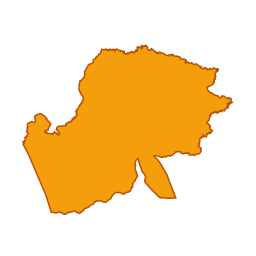 Katete, Eastern, Zambia (Mercator projection), rotated 85°
{"feature_id": "96606910B8201415928290", "entity_name": "Katete", "entity_type": "district", "adm_level": 2, "iso_a3": "ZMB", "parent_name": "Zambia", "parent_adm1": "Eastern", "projection": "mercator", "projection_center": [32.014, -14.048], "detail": "fine", "context": "isolated", "style": "filled", "palette": "amber", "viewbox_px": 256, "rotation_deg": 85, "n_neighbors": 0, "source": "geoboundaries", "source_scale": "gbopen_adm2", "svg_char_len": 5740}
<svg xmlns="http://www.w3.org/2000/svg" viewBox="0 0 256 256"><g transform="rotate(85 128 128)"><path d="M199.3,103.2L200.4,101.8L200.7,97.0L201.5,95.4L201.8,86.5L177.5,93.5L166.5,98.6L161.5,101.6L159.8,103.6L158.1,104.7L158.1,101.9L160.0,97.4L160.2,95.7L159.5,94.0L160.2,92.7L159.0,91.1L159.6,88.4L159.0,87.3L159.2,86.1L158.0,85.2L157.2,83.7L156.2,83.4L155.9,80.7L156.2,79.7L155.7,79.2L156.9,77.3L158.0,77.1L158.0,75.7L158.6,74.8L157.8,72.4L158.4,71.8L158.5,70.8L157.9,70.3L158.8,69.5L159.9,69.5L160.4,68.5L160.3,65.2L161.1,64.6L159.9,61.3L159.8,59.1L157.4,57.2L156.8,57.5L155.8,57.0L155.2,57.3L154.4,57.0L152.1,59.5L150.4,58.2L149.9,58.7L149.0,58.5L148.5,57.8L144.8,57.3L144.2,56.7L144.3,55.8L143.7,56.0L143.1,55.4L143.5,54.0L143.1,54.2L142.8,53.6L141.6,53.7L143.3,51.9L143.6,50.6L141.2,50.2L141.3,49.6L140.5,49.1L140.8,48.8L140.5,47.9L139.5,47.6L140.6,46.5L137.9,44.2L136.3,46.3L134.7,46.0L133.6,46.6L133.2,45.8L130.9,47.5L130.3,49.0L129.9,49.1L128.4,48.3L128.2,47.2L127.4,46.7L125.2,46.2L123.4,44.8L122.5,45.2L122.6,44.3L120.9,43.8L120.9,42.4L120.4,42.6L119.8,42.0L120.4,40.1L120.1,39.3L119.3,39.8L119.1,39.5L119.6,38.1L120.8,37.9L120.1,37.4L120.4,36.0L118.9,35.6L119.5,34.9L119.3,34.1L119.7,33.2L119.3,33.3L119.1,32.5L118.4,32.6L119.3,30.3L117.1,29.2L117.3,28.7L116.5,26.6L115.9,27.6L114.8,27.3L114.8,25.6L114.1,25.6L114.1,26.3L113.4,26.6L113.2,25.9L112.9,26.7L112.3,26.9L112.4,24.9L111.8,25.3L111.2,24.1L111.2,23.6L112.1,23.4L111.7,22.0L108.6,23.2L107.7,22.8L107.0,24.0L107.7,25.2L106.7,25.5L107.0,25.8L106.8,27.3L104.8,29.3L104.3,30.8L104.8,31.2L104.4,31.7L104.7,32.1L106.1,33.0L105.6,34.4L103.8,35.7L102.7,38.8L102.1,39.3L101.7,40.6L100.4,41.3L100.0,42.8L97.9,44.8L96.8,45.3L94.6,45.9L92.1,40.2L91.2,38.9L89.9,38.9L89.7,37.8L88.4,38.1L87.3,37.5L86.9,37.8L86.8,36.8L85.3,36.5L84.7,36.8L84.1,36.1L83.1,36.8L82.7,36.2L81.3,36.7L80.7,35.7L79.9,35.7L79.6,34.6L78.4,34.6L79.1,33.7L77.7,32.9L76.9,33.2L76.7,35.3L75.5,37.8L77.0,39.1L76.8,40.2L75.8,41.0L76.8,42.1L76.3,42.8L76.8,44.3L75.6,44.4L74.6,45.9L75.3,46.4L74.8,46.9L75.0,47.4L75.6,47.4L75.2,49.1L74.3,50.2L73.5,49.6L73.6,50.8L72.6,50.9L71.7,52.9L70.7,53.4L70.0,55.3L70.5,55.9L70.4,56.7L69.9,57.7L68.6,58.8L69.3,60.7L68.6,61.7L67.9,61.7L67.7,62.2L68.2,62.7L67.1,63.8L67.1,64.5L68.1,64.6L68.2,65.2L65.8,64.9L65.7,64.1L65.4,64.2L65.0,65.3L64.0,66.2L64.3,67.6L63.8,69.4L62.8,69.5L61.4,70.7L61.4,71.8L60.5,72.9L60.8,73.4L60.1,76.4L58.8,76.8L58.5,77.8L59.3,78.0L58.6,79.6L59.0,81.0L59.7,81.2L59.6,81.5L58.3,84.7L57.3,85.3L56.4,87.0L55.9,89.3L55.4,89.3L55.2,90.0L55.6,90.2L55.4,91.4L55.8,91.0L56.6,91.4L56.5,91.9L56.2,92.4L55.8,92.1L56.0,92.9L55.5,94.0L54.1,93.9L53.3,95.9L52.2,96.1L51.0,97.9L51.3,98.4L50.9,98.8L51.6,98.4L52.6,98.7L52.5,99.8L51.3,101.7L49.3,101.5L48.0,102.1L47.4,103.0L48.0,103.2L47.6,104.4L48.1,104.6L47.2,106.8L48.6,106.0L49.9,107.5L48.7,107.4L48.8,107.1L48.4,107.4L48.7,107.7L48.4,108.2L49.0,108.5L47.9,110.8L49.1,110.8L48.8,111.9L50.0,111.5L50.8,112.4L51.2,112.0L52.2,112.1L52.3,112.6L51.4,113.8L53.4,114.9L52.6,115.4L53.3,116.5L52.1,117.6L52.5,118.6L53.0,118.2L53.3,122.0L53.9,121.7L53.7,122.5L54.3,122.8L54.5,123.8L53.7,124.3L53.6,125.3L53.0,125.8L52.5,125.1L51.4,125.0L51.5,126.3L50.8,126.8L50.2,128.3L50.8,128.7L48.3,132.6L49.2,134.4L49.8,134.4L48.3,135.3L48.4,136.1L49.1,136.1L49.1,136.8L48.4,138.9L47.9,139.0L48.5,139.9L49.1,139.8L48.6,141.8L48.3,141.4L47.6,142.5L47.9,145.5L47.3,147.3L51.5,149.2L51.9,150.6L53.1,151.3L54.4,153.4L55.8,154.2L56.6,156.1L57.7,156.9L59.6,156.8L60.8,159.2L61.3,161.6L68.1,166.3L72.0,166.5L73.6,167.5L76.0,169.5L77.0,171.9L78.6,171.9L80.6,173.2L82.2,172.7L85.0,173.6L88.8,172.4L89.3,171.9L90.2,171.9L92.9,170.0L94.0,169.9L96.9,170.7L97.8,171.7L98.8,171.7L99.9,173.3L100.5,173.7L100.7,173.4L101.7,174.3L101.8,174.0L101.7,174.7L104.7,176.0L104.8,177.1L107.0,177.8L106.9,178.5L108.3,177.9L108.9,178.3L110.1,177.4L110.7,178.2L111.2,178.0L111.9,179.4L113.0,180.0L113.4,179.8L113.8,180.5L113.2,180.9L113.9,181.2L113.7,181.7L114.6,181.6L114.5,182.5L114.9,182.6L114.6,182.9L116.5,183.8L116.5,184.8L116.9,184.8L117.3,186.1L116.9,186.6L117.3,186.8L118.2,189.5L118.9,189.2L120.0,189.5L120.4,195.2L120.1,196.2L120.8,198.3L122.2,199.1L122.7,198.8L123.5,199.5L126.6,196.8L128.8,197.2L128.1,199.1L127.5,199.5L127.1,199.1L126.6,200.6L125.3,201.5L126.3,201.8L126.3,202.6L127.0,203.1L126.8,203.9L127.4,203.9L127.0,204.3L127.1,205.9L126.5,206.8L126.5,208.4L125.4,209.1L125.5,211.0L123.6,210.9L123.8,209.5L122.8,208.3L122.9,207.6L122.2,207.7L119.5,206.2L118.0,204.7L117.0,204.6L115.9,205.8L114.7,205.9L114.2,207.1L111.4,208.3L111.6,208.9L110.3,209.0L108.9,210.0L107.4,212.4L106.5,212.9L106.0,214.5L107.0,218.2L108.5,220.2L112.1,219.5L114.2,220.4L114.2,221.3L113.2,223.4L115.0,227.8L118.4,227.8L118.8,228.4L121.4,228.5L122.7,229.4L124.6,227.9L126.6,229.4L127.4,229.3L128.5,231.6L129.8,231.2L131.2,231.5L131.7,232.2L132.8,232.5L132.4,232.7L132.9,233.0L132.7,233.6L133.7,233.1L134.8,234.0L146.4,229.2L187.5,215.7L205.4,211.7L205.7,209.1L206.4,207.2L205.8,204.2L206.4,201.7L208.4,199.1L208.1,196.9L206.8,194.5L207.0,192.5L206.5,191.6L206.1,187.9L207.8,186.3L208.8,183.6L207.6,182.7L207.9,182.0L207.3,181.6L206.7,179.8L205.6,179.4L204.7,178.4L203.4,174.2L201.4,171.5L200.9,169.4L199.0,168.0L199.1,167.3L198.1,166.6L198.0,161.6L199.9,158.6L199.8,156.0L198.1,153.9L197.0,151.4L193.6,149.3L191.2,146.0L191.5,142.4L192.6,139.6L193.4,139.3L193.5,138.0L191.9,134.9L192.0,133.7L191.2,131.6L190.0,130.5L188.3,130.1L187.5,128.6L186.9,128.9L185.0,128.2L183.5,128.2L181.7,125.9L180.3,125.3L177.2,122.9L175.5,122.8L174.4,123.5L173.8,123.2L168.8,124.7L166.5,123.8L164.5,124.0L162.5,123.6L160.7,122.6L159.3,120.6L164.1,119.9L172.9,117.5L175.4,115.7L178.0,114.7L182.2,116.0L183.4,115.8L190.9,110.3L199.3,103.2Z" fill="#f59e0b" stroke="#b45309" stroke-width="1.5"/></g></svg>